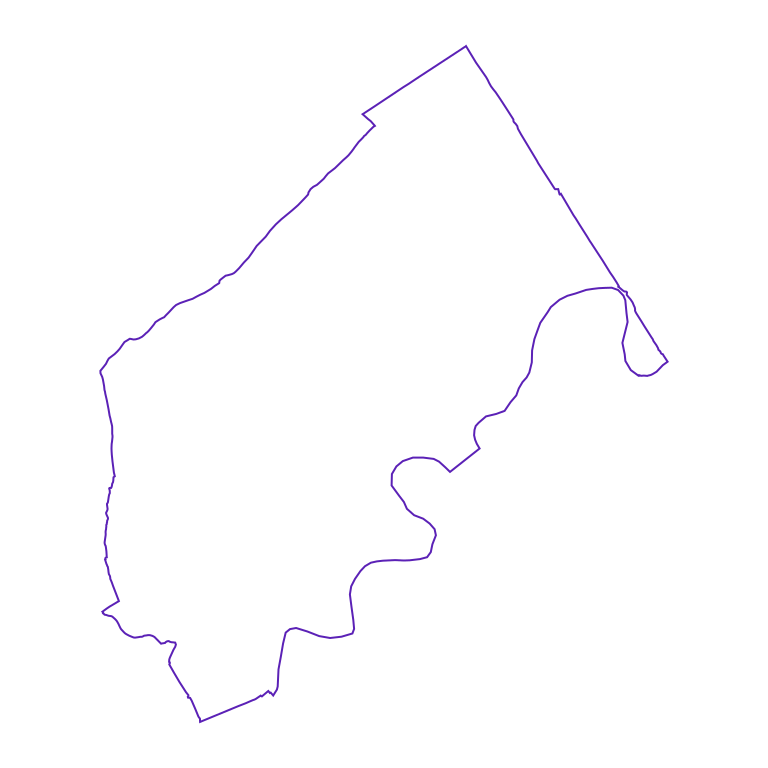 the district of Cotofenii Din Dos, Dolj, Romania, rotated 90°
{"feature_id": "2599482B33095899744211", "entity_name": "Cotofenii Din Dos", "entity_type": "district", "adm_level": 2, "iso_a3": "ROU", "parent_name": "Romania", "parent_adm1": "Dolj", "projection": "mercator", "projection_center": [23.638, 44.42], "detail": "fine", "context": "isolated", "style": "outline", "palette": "violet", "viewbox_px": 768, "rotation_deg": 90, "n_neighbors": 0, "source": "geoboundaries", "source_scale": "gbopen_adm2", "svg_char_len": 6135}
<svg xmlns="http://www.w3.org/2000/svg" viewBox="0 0 768 768"><g transform="rotate(90 384 384)"><path d="M611.7,665.6L612.6,664.9L613.1,665.1L613.3,665.0L614.0,664.0L614.6,663.5L614.7,663.3L615.0,661.6L615.5,660.3L615.8,659.3L615.9,658.5L616.1,656.9L616.6,655.7L619.0,653.0L620.4,651.7L620.8,651.4L621.5,650.9L623.8,649.6L626.6,648.3L628.6,647.3L629.5,646.6L632.1,644.2L632.9,643.4L633.5,642.7L634.2,641.6L635.7,638.8L636.9,635.9L637.5,634.3L637.6,633.4L637.6,632.6L637.5,632.0L637.2,629.8L636.9,628.2L636.8,627.8L636.8,626.6L636.7,625.9L636.6,625.5L636.0,624.4L635.7,623.9L635.6,623.2L635.5,622.3L635.3,620.9L635.1,619.9L635.1,619.0L635.2,617.9L635.9,615.5L637.0,613.5L643.7,606.9L643.4,606.0L643.3,605.0L642.9,602.9L642.2,602.4L641.5,601.3L641.2,600.4L641.1,599.2L641.7,598.3L642.2,596.7L642.4,594.5L642.6,592.8L644.6,592.1L646.8,592.8L649.7,594.5L657.6,598.1L659.4,598.7L661.7,598.9L662.4,598.7L662.5,598.2L663.4,598.2L664.5,598.7L672.4,594.2L681.9,588.6L692.2,582.0L695.2,579.6L696.1,579.7L696.8,580.2L697.7,579.9L697.7,579.0L697.9,577.9L700.7,576.3L709.0,572.7L716.3,569.7L717.0,569.3L717.5,569.0L718.0,568.5L718.6,568.1L719.3,568.0L720.8,568.0L721.9,567.9L706.2,529.9L703.2,522.2L701.4,518.1L700.0,514.8L699.6,513.5L698.8,512.0L695.6,507.3L696.1,506.8L696.4,506.1L691.0,499.7L693.0,498.1L692.6,497.3L695.5,494.8L689.6,491.1L686.5,490.3L669.4,489.5L656.9,487.2L643.4,484.9L632.6,482.3L629.1,478.0L628.0,471.9L631.5,460.6L636.1,448.8L638.0,437.9L636.7,426.5L633.5,415.6L628.9,413.9L620.0,414.7L606.2,416.6L594.4,418.1L586.3,416.8L578.9,413.0L571.1,407.6L566.2,403.0L562.7,397.1L561.4,391.2L560.7,385.1L560.1,372.9L560.5,364.0L560.3,358.4L559.1,348.1L557.2,340.9L552.1,337.2L544.3,335.6L535.3,332.1L529.2,333.4L523.6,338.3L518.7,344.8L515.2,353.9L508.8,361.1L502.0,364.1L496.0,368.7L485.5,376.4L474.0,376.1L466.4,371.6L461.1,365.2L457.6,355.1L457.6,344.8L458.9,334.3L461.6,329.0L467.4,322.6L471.9,318.0L448.5,288.4L443.8,291.2L439.7,292.9L435.3,293.9L429.9,293.5L426.0,292.3L422.8,289.4L416.4,282.0L414.0,272.0L410.9,263.4L402.2,257.5L395.4,251.7L388.4,249.2L382.1,245.5L377.5,241.4L372.6,238.7L362.4,236.2L350.4,235.9L339.1,233.6L329.6,230.2L322.8,227.7L312.1,220.3L307.1,217.2L299.7,208.4L295.8,200.6L293.5,192.5L289.9,181.8L288.9,175.2L288.2,169.3L287.9,163.2L287.7,156.3L290.0,149.9L295.6,144.6L300.2,142.7L313.1,141.5L322.0,140.4L342.9,145.6L354.3,143.3L361.0,142.6L370.1,137.2L375.8,129.4L375.7,128.0L375.4,128.1L375.7,127.1L375.8,126.6L375.7,125.5L375.6,124.2L375.8,121.7L375.9,120.7L375.6,119.9L375.0,117.3L374.1,115.4L371.7,111.4L365.2,105.2L361.7,100.4L355.8,104.3L354.3,105.1L354.2,105.6L353.5,106.8L352.9,107.2L352.2,107.4L351.5,107.7L351.2,108.2L350.8,108.3L350.3,108.9L349.9,109.5L349.4,109.7L348.3,109.9L347.2,110.5L345.2,111.6L341.1,114.5L339.1,115.3L337.7,116.3L326.1,123.7L321.5,126.5L313.3,131.7L311.4,132.7L310.3,133.0L309.2,132.9L307.3,133.3L306.1,133.9L302.5,135.4L299.5,137.4L295.1,141.1L294.7,141.2L294.3,141.2L293.7,141.2L292.9,141.0L292.4,141.0L292.1,141.2L291.7,141.6L291.6,142.1L291.5,142.7L291.5,143.5L291.3,143.9L290.9,144.5L290.3,145.4L288.4,147.6L287.3,148.9L286.8,149.7L286.2,149.2L282.7,151.2L276.9,154.9L272.6,157.9L260.8,165.2L242.3,177.3L241.5,177.9L236.7,180.8L224.6,188.5L218.3,192.4L215.4,194.4L193.8,207.1L194.5,208.0L194.5,208.3L194.2,208.5L189.1,209.8L189.2,212.8L188.8,213.3L163.2,229.8L160.7,231.1L134.3,247.0L128.7,250.1L126.1,250.7L123.9,252.3L122.4,253.8L121.7,254.3L121.3,254.5L120.6,254.6L119.5,254.6L119.0,254.9L107.6,262.2L99.0,267.8L92.2,272.4L89.5,274.6L86.3,277.0L82.9,278.9L80.1,280.2L77.1,281.9L62.6,292.0L46.1,302.0L46.6,302.5L47.1,303.5L52.0,310.9L71.9,341.3L76.8,348.8L81.8,356.3L83.5,358.8L84.7,360.7L87.0,364.4L106.4,393.5L114.2,405.4L119.0,400.0L121.1,397.3L125.5,393.4L125.9,393.1L126.7,394.5L130.5,398.4L133.3,401.0L134.8,402.2L136.2,404.1L137.1,404.6L139.0,406.4L141.9,409.3L147.6,413.6L148.7,414.3L151.4,416.3L155.3,419.5L157.4,421.7L160.2,424.9L164.9,429.7L168.1,433.0L173.4,439.9L176.1,442.2L178.7,444.2L183.5,449.5L184.9,451.1L186.8,454.7L189.1,457.4L192.4,459.5L194.5,459.9L197.4,462.5L205.2,470.0L210.3,475.8L219.3,486.7L224.4,492.2L230.8,498.0L236.7,502.3L241.5,507.0L245.9,511.3L252.2,515.6L257.6,519.4L262.5,524.1L268.3,529.0L271.9,532.6L273.2,534.2L274.1,536.1L275.1,539.7L275.7,542.4L277.3,544.5L279.5,547.3L280.6,548.4L281.6,548.6L283.1,548.8L285.9,553.2L288.9,557.0L292.9,563.6L294.8,567.9L296.7,571.6L298.8,575.4L300.2,579.7L303.1,588.0L305.0,591.9L307.2,594.4L310.0,597.0L312.7,599.5L315.5,602.3L317.2,603.8L318.0,605.6L319.4,608.3L321.0,610.8L322.2,612.6L324.5,614.1L328.0,616.9L330.7,619.2L332.3,620.8L333.1,621.9L334.1,622.9L335.4,624.3L336.8,626.0L338.4,629.1L339.3,632.2L339.5,634.5L338.9,637.3L338.8,638.3L340.1,640.3L342.0,643.5L344.5,645.3L348.8,648.3L351.4,650.6L354.1,653.4L358.5,659.2L360.7,660.5L363.8,662.0L366.9,664.4L370.8,667.6L373.3,667.5L376.9,665.8L379.4,665.1L386.1,663.9L390.0,663.5L391.7,663.0L393.7,662.7L400.2,661.2L409.0,659.5L415.6,658.4L418.2,657.7L422.0,656.9L423.9,656.4L426.1,655.9L428.3,655.8L433.7,655.8L435.8,655.5L437.1,655.5L441.8,656.0L443.7,656.3L445.3,656.4L448.6,656.5L451.3,656.4L454.6,656.2L461.5,655.5L472.5,654.1L476.3,653.2L476.6,653.7L477.3,654.5L480.5,654.7L482.2,655.0L483.7,655.8L485.9,656.1L487.5,656.6L488.0,657.0L487.9,657.8L488.0,658.5L488.4,658.8L489.4,658.6L490.2,658.3L492.0,658.2L493.2,658.2L494.4,658.8L496.3,659.2L501.7,660.0L502.6,660.2L503.8,661.0L504.7,661.0L509.0,660.4L510.3,660.7L512.8,661.9L513.7,661.8L514.8,661.4L517.7,660.1L518.6,660.0L519.4,660.2L520.6,660.8L521.2,660.9L522.1,660.9L523.0,661.2L524.0,661.2L524.9,661.7L525.9,661.7L526.9,661.7L528.1,661.9L529.1,661.9L530.1,662.2L531.7,662.4L532.8,662.4L534.0,662.3L535.5,662.4L542.3,663.4L543.6,663.3L544.7,663.0L545.8,662.4L547.3,662.1L551.3,661.6L554.6,661.4L556.5,661.3L557.3,661.2L557.5,662.0L557.8,662.4L558.3,662.7L559.1,662.7L559.5,662.5L559.7,662.9L564.1,661.5L565.1,661.0L565.9,660.8L566.8,660.2L569.8,659.7L571.9,659.5L574.2,659.1L575.2,658.5L576.2,658.0L577.5,657.8L578.9,657.7L580.7,656.9L582.4,656.2L585.8,655.0L601.1,649.1L606.6,658.4L608.5,661.2L611.7,665.6Z" fill="none" stroke="#5b21b6" stroke-width="2"/></g></svg>